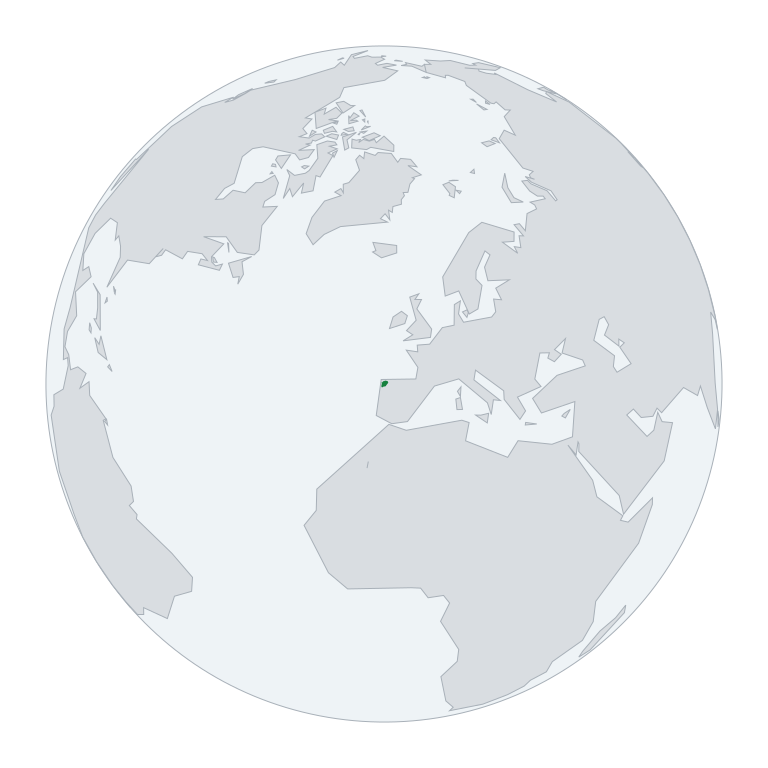 Pontevedra highlighted on a globe, orthographic projection, rotated 11°
{"feature_id": "ESP-5840", "entity_name": "Pontevedra", "entity_type": "Autonomous Community", "adm_level": 1, "iso_a3": "ESP", "parent_name": "Spain", "parent_adm1": "", "projection": "orthographic", "projection_center": [-8.552, 42.371], "detail": "fine", "context": "on_globe", "style": "filled", "palette": "green", "viewbox_px": 768, "rotation_deg": 11, "n_neighbors": 0, "source": "natural_earth", "source_scale": "10m", "svg_char_len": 11192}
<svg xmlns="http://www.w3.org/2000/svg" viewBox="0 0 768 768"><g transform="rotate(11 384 384)"><circle cx="384" cy="384" r="338" fill="#eef3f6" stroke="#a8b0b8"/><path d="M117.4,591.6L104.2,570.3L96.9,557.5L82.0,531.6L63.2,478.0L64.4,468.8L62.0,457.5L70.1,450.2L70.5,426.3L68.4,418.5L64.6,421.2L59.5,391.0L61.3,369.1L64.4,287.0L68.7,273.0L75.1,260.0L108.2,198.4L79.0,246.2L85.7,230.8L97.2,210.6L98.2,210.8L115.8,186.5L126.3,171.8L152.1,146.8L181.7,131.1L173.9,138.0L181.9,134.1L192.3,125.5L197.1,121.0L238.8,102.1L275.2,82.8L280.1,76.2L284.2,78.7L289.2,66.9L304.7,59.7L291.1,68.4L292.8,70.0L305.4,64.9L309.8,65.5L318.4,63.7L322.6,65.1L314.4,71.0L316.9,72.3L325.7,68.7L335.4,68.6L322.2,73.5L337.7,74.0L326.8,85.7L288.1,100.7L285.8,111.1L256.1,137.8L262.7,137.6L255.6,148.7L260.6,152.9L253.7,157.4L263.6,156.9L269.0,152.1L275.1,150.4L278.6,152.7L270.3,158.6L267.4,158.3L266.8,161.3L261.2,163.4L265.9,163.6L255.5,171.0L270.8,167.2L266.6,176.1L258.4,180.1L252.9,175.0L220.1,174.2L210.1,178.0L201.5,187.9L198.6,215.6L190.2,222.4L183.4,235.0L190.9,233.0L198.9,222.6L211.2,222.8L219.6,210.9L225.8,209.5L236.9,199.9L242.0,206.7L240.9,218.9L232.0,227.5L231.3,233.4L245.3,230.0L233.9,251.7L235.7,276.4L232.0,282.0L214.9,282.8L201.0,269.6L178.8,273.8L200.0,277.0L190.4,292.0L191.7,297.2L196.2,300.2L202.5,297.1L200.7,303.8L179.0,302.4L180.4,296.2L187.2,296.5L180.6,290.8L165.9,291.3L162.2,299.6L144.0,293.9L141.1,300.1L135.6,302.7L141.4,293.1L130.6,310.7L108.6,311.3L93.5,341.9L100.9,310.0L99.1,299.0L95.4,289.2L92.7,294.0L91.5,276.5L84.0,273.4L71.7,291.2L64.5,313.4L66.7,330.0L71.8,325.1L76.0,334.6L63.6,352.3L69.3,375.6L63.3,392.8L63.7,408.3L68.9,415.3L73.6,429.8L80.2,425.6L89.5,430.5L86.3,446.2L94.0,438.0L97.3,451.4L117.7,471.2L115.3,473.2L131.9,507.8L155.2,532.4L160.5,547.1L157.2,551.9L166.5,559.3L166.7,563.7L208.0,590.6L232.9,610.3L234.7,624.2L218.8,632.3L216.1,655.6L190.7,649.4L192.1,656.1L186.0,657.3L169.6,645.1L177.6,651.6L155.9,633.3L135.8,613.3L117.4,591.6ZM88.3,350.5L95.3,385.6L86.9,375.3L89.3,375.0L88.4,363.9L85.4,348.5L79.2,340.5L88.3,350.5ZM101.4,344.4L99.8,339.6L102.0,343.1L101.4,344.4ZM198.6,119.0L192.0,125.4L181.0,133.3L186.0,127.8L198.6,119.0ZM220.1,106.0L218.3,108.6L209.5,111.5L213.3,109.0L220.1,106.0ZM282.7,71.8L276.5,75.0L281.0,71.8L282.7,71.8ZM318.9,63.2L319.2,62.2L323.6,61.8L318.9,63.2ZM233.4,196.9L235.0,198.4L232.1,199.4L233.4,196.9ZM236.6,191.5L231.9,191.6L232.7,189.1L235.6,189.1L236.6,191.5ZM334.0,63.8L340.8,63.7L332.4,64.7L334.0,63.8ZM242.1,192.0L234.8,184.7L236.4,180.4L248.5,176.9L242.1,192.0ZM343.8,64.4L360.6,64.9L362.7,62.5L366.0,70.1L350.7,66.7L340.0,68.1L345.2,65.9L343.8,64.4ZM269.2,149.6L263.6,154.9L265.1,148.6L269.2,149.6ZM268.7,146.1L264.4,130.4L274.4,124.3L273.8,130.5L284.1,121.5L291.0,126.1L286.9,132.2L279.1,135.0L287.7,134.7L268.7,146.1ZM365.1,74.7L367.9,75.9L363.3,75.8L365.1,74.7ZM277.7,149.3L276.0,146.5L284.5,140.9L289.5,145.6L285.2,145.8L277.7,149.3ZM283.4,117.1L290.6,114.2L298.2,117.0L302.0,116.3L292.1,125.8L283.4,117.1ZM285.0,148.3L291.9,148.3L291.0,153.0L280.0,151.8L285.0,148.3ZM284.6,137.5L288.8,135.2L288.1,138.0L284.6,137.5ZM291.7,171.0L289.4,167.2L293.6,163.8L291.7,171.0ZM294.5,148.0L294.8,146.3L296.2,144.7L300.4,145.8L294.5,148.0ZM298.1,127.3L299.8,129.3L302.6,123.5L308.4,125.8L300.7,131.9L306.4,130.3L308.2,131.0L299.9,135.2L298.1,127.3ZM308.9,142.2L301.1,151.4L304.4,158.9L300.8,161.9L296.1,149.4L308.9,142.2ZM304.4,137.6L306.4,141.1L300.8,142.9L296.0,141.7L304.4,137.6ZM315.1,125.4L308.2,120.2L310.1,119.2L315.1,125.4ZM311.0,143.9L312.8,141.7L311.9,144.2L311.0,143.9ZM315.1,130.5L312.4,128.8L314.6,127.5L315.1,130.5ZM318.8,139.0L316.3,141.8L312.9,141.0L318.8,139.0ZM318.0,134.8L321.7,133.6L313.2,139.0L316.4,134.2L318.0,134.8ZM317.7,129.7L318.1,128.4L318.5,130.6L317.7,129.7ZM332.9,141.0L323.0,147.9L315.6,145.9L326.3,139.3L332.9,141.0ZM575.6,105.7L577.6,107.1L571.8,103.3L586.6,114.2L579.0,109.4L594.2,121.0L596.9,122.2L586.7,113.8L603.2,126.9L622.6,144.7L640.5,164.0L656.8,184.6L671.5,206.4L684.4,229.3L695.5,253.1L695.2,252.3L700.8,266.8L696.9,257.8L690.9,251.0L697.0,272.1L708.9,319.9L716.3,345.3L717.9,364.8L705.8,345.4L695.0,325.6L694.0,335.5L678.7,330.3L662.0,359.2L656.6,355.6L654.1,364.4L642.9,367.8L633.6,361.0L628.2,368.1L652.2,385.3L657.7,377.8L658.1,359.5L664.2,367.9L674.6,366.9L673.7,406.0L644.0,466.1L636.2,448.6L588.1,413.1L586.8,405.6L586.4,404.9L585.5,403.8L586.1,416.9L576.2,408.9L607.2,438.7L614.5,454.1L643.6,467.8L642.1,472.7L650.0,473.0L669.3,444.5L670.4,451.2L664.3,491.7L633.3,557.0L634.7,577.3L627.7,597.8L602.2,624.4L598.3,635.5L584.2,646.9L579.3,653.7L564.5,665.4L542.1,679.4L510.7,692.2L513.6,688.1L505.2,683.3L495.7,660.4L508.8,642.3L508.0,630.3L484.8,606.2L490.2,586.5L482.8,580.2L468.1,585.4L458.9,577.4L449.5,578.8L387.4,592.1L365.5,579.9L332.5,538.0L341.6,521.0L338.1,500.0L396.5,422.7L414.7,425.2L467.3,404.7L474.9,405.6L474.9,424.2L519.4,432.4L526.4,414.1L560.4,411.1L579.1,399.9L574.7,364.8L544.1,382.4L532.6,369.8L552.2,342.5L578.1,327.8L574.4,322.5L552.9,319.6L553.5,304.7L544.8,317.7L552.3,321.0L547.0,329.6L539.9,327.3L540.4,321.8L531.1,323.8L531.1,350.4L538.6,356.5L517.5,371.4L528.1,383.4L524.2,392.8L504.9,376.2L502.8,367.8L471.2,352.9L471.5,362.8L501.4,378.0L494.4,378.6L495.1,393.5L489.1,382.7L456.4,364.7L433.9,376.4L414.2,416.4L399.2,421.5L382.4,416.4L380.4,380.1L414.3,373.0L414.1,361.2L399.4,346.5L411.0,346.0L409.2,339.5L421.2,336.2L430.5,317.5L441.6,312.9L437.9,292.6L443.1,287.8L443.8,301.0L450.3,308.2L476.9,297.7L479.9,291.8L475.4,279.7L483.3,278.9L475.4,268.6L487.2,257.8L466.3,262.8L460.4,250.1L463.4,237.0L457.7,234.1L452.8,255.5L454.2,263.4L461.4,268.5L461.9,292.4L454.4,299.0L439.6,278.4L427.3,286.0L421.2,267.7L438.3,219.2L449.2,206.6L482.7,210.0L484.4,219.2L473.2,222.2L490.3,230.2L485.7,224.3L492.3,224.0L488.3,212.7L492.7,212.0L481.3,202.8L486.3,200.8L493.5,206.6L491.9,189.4L500.4,183.0L497.8,179.5L492.7,177.6L506.9,171.4L504.4,169.2L498.8,170.3L490.2,166.8L480.6,158.5L486.0,156.7L490.2,159.5L507.2,163.2L517.6,171.5L518.8,170.1L511.1,162.5L490.4,157.8L483.0,153.4L492.7,154.3L488.6,153.6L486.7,150.9L489.8,146.8L479.1,145.5L450.3,121.2L453.5,111.9L465.4,114.7L451.0,98.6L455.7,91.0L450.6,91.8L440.2,85.7L438.5,87.9L435.3,87.9L407.9,75.2L405.6,71.6L388.0,68.7L385.3,69.3L386.0,71.7L366.0,70.1L362.7,62.5L368.9,61.3L362.7,58.1L377.7,56.2L387.3,53.8L407.3,54.8L413.1,53.5L410.0,52.5L415.5,50.5L437.8,51.3L433.6,54.9L402.9,58.3L416.6,56.8L417.6,58.7L425.1,59.4L434.4,58.8L432.9,57.6L468.9,67.7L499.6,74.2L487.4,68.0L487.7,65.9L511.9,71.9L564.2,98.2L564.6,98.4L575.6,105.7ZM383.4,463.1L383.4,469.8L383.4,463.1ZM610.5,328.0L622.7,316.9L608.5,302.9L612.0,297.7L605.9,295.1L607.4,302.0L591.1,293.9L593.2,282.9L587.3,275.9L582.9,279.5L581.6,301.1L604.9,312.3L605.8,323.1L610.5,328.0ZM118.4,471.6L120.5,477.0L116.9,474.0L118.4,471.6ZM83.4,380.0L86.0,384.9L86.6,389.7L84.2,387.1L83.4,380.0ZM110.7,417.4L114.7,423.6L109.5,419.9L110.7,417.4ZM96.9,390.7L107.3,413.0L97.4,407.6L91.2,393.7L96.8,399.4L96.9,390.7ZM95.5,351.5L96.6,355.5L94.7,357.6L95.5,351.5ZM102.9,347.1L102.1,346.2L102.6,342.4L102.9,347.1ZM191.7,292.0L193.4,292.3L196.9,296.5L193.2,296.8L191.7,292.0ZM225.1,303.2L221.4,313.9L221.4,306.2L215.5,308.2L208.3,295.1L229.8,284.1L221.3,291.1L225.1,303.2ZM204.6,275.6L206.7,284.5L203.5,275.3L204.6,275.6ZM387.3,309.3L393.9,312.5L392.9,320.7L378.8,328.5L380.1,316.5L387.3,309.3ZM403.4,315.3L392.7,293.8L401.0,288.8L398.2,295.1L404.7,293.9L401.9,304.0L420.3,321.0L420.7,329.4L394.5,338.0L402.9,330.2L395.9,327.3L403.4,315.3ZM350.6,254.6L346.1,247.1L370.0,245.6L371.5,252.9L357.5,260.6L347.6,256.6L350.6,254.6ZM265.0,188.0L261.7,186.6L264.0,184.8L268.6,184.5L265.0,188.0ZM290.3,169.5L281.7,193.0L277.5,192.4L277.5,207.9L266.5,212.4L266.8,202.0L258.4,217.6L254.2,210.1L249.7,221.1L251.7,197.5L247.7,192.0L256.4,196.3L266.6,192.1L269.8,188.7L276.0,175.1L272.4,161.9L282.0,156.3L289.7,155.9L292.1,158.2L285.1,161.0L293.2,162.1L284.9,167.9L290.3,169.5ZM374.9,164.5L365.8,165.0L380.7,171.6L372.5,176.1L374.8,176.6L371.3,182.7L370.9,191.3L366.3,192.4L368.1,195.3L365.8,199.7L366.8,204.2L358.9,208.1L359.4,214.0L355.3,212.5L358.4,221.8L352.6,216.7L349.0,222.4L356.6,224.4L311.2,237.8L296.7,248.6L287.8,260.8L278.9,251.3L281.5,234.2L290.7,215.8L305.9,207.3L299.1,205.0L304.4,200.4L307.6,204.1L305.9,195.7L311.1,193.0L319.2,178.9L313.5,169.2L316.4,164.1L321.2,166.6L320.7,159.9L331.7,161.3L334.0,157.9L347.2,156.3L355.2,163.7L357.2,159.4L367.3,158.4L374.9,164.5ZM336.7,140.7L348.1,147.7L349.2,153.9L325.8,154.2L322.2,157.2L307.2,158.4L305.9,149.7L310.3,150.0L314.3,148.4L313.1,151.8L317.0,147.9L323.2,148.4L328.0,145.7L330.4,148.6L336.7,140.7ZM479.8,397.0L485.0,396.1L492.3,392.8L492.8,402.5L479.8,397.0ZM457.4,385.1L461.6,382.7L465.9,394.0L460.5,395.2L457.4,385.1ZM460.1,372.1L461.4,381.7L457.5,377.2L460.1,372.1ZM447.3,298.3L451.3,295.4L453.2,297.9L452.7,302.8L447.3,298.3ZM417.4,187.8L412.0,186.4L412.3,184.5L403.8,177.1L409.2,173.6L416.5,176.7L417.4,187.8ZM571.7,373.4L568.5,382.7L564.7,381.5L566.5,378.5L571.7,373.4ZM530.4,394.7L541.6,394.1L530.5,397.3L530.4,394.7ZM421.9,182.7L417.7,180.0L423.0,180.0L421.9,182.7ZM412.7,170.8L418.3,169.9L408.8,172.3L412.7,170.8ZM663.6,562.6L637.0,605.8L627.3,614.9L630.1,608.3L643.1,585.3L655.9,569.3L663.5,554.9L663.6,562.6ZM716.9,346.5L719.8,355.1L720.0,362.4L716.9,346.5ZM462.3,154.0L468.1,167.7L476.0,176.3L486.0,178.8L474.4,181.7L462.3,168.3L462.3,154.0ZM451.3,125.2L442.5,123.8L444.5,121.1L446.7,121.0L451.3,125.2ZM447.2,126.7L439.9,131.4L433.8,128.6L440.8,125.3L447.2,126.7ZM431.3,156.0L432.7,160.1L428.4,159.9L431.3,156.0ZM509.3,70.2L500.5,66.9L491.2,63.5L509.3,70.2ZM493.7,64.6L498.0,66.4L484.3,65.7L478.8,64.8L484.0,62.2L488.4,63.9L493.5,65.1L493.7,64.6ZM370.1,74.6L368.1,75.8L367.5,74.2L370.1,74.6ZM434.7,89.3L430.1,89.0L429.6,86.8L434.7,89.3ZM417.2,87.4L421.0,90.0L414.8,87.9L417.2,87.4ZM429.8,95.9L421.4,91.4L432.7,94.8L429.8,95.9Z" fill="#d9dde1" stroke="#a8b0b8" stroke-width="1"/><path d="M385.4,385.3L385.2,385.4L385.0,385.5L384.9,385.6L384.2,385.7L384.0,385.8L383.9,385.9L383.7,385.9L383.6,386.0L383.4,386.2L383.3,386.3L383.2,386.3L383.1,386.5L382.9,386.6L382.7,386.8L382.6,386.7L382.5,385.6L382.5,385.4L382.8,385.4L382.7,385.3L382.7,385.2L382.8,385.2L383.0,385.0L383.0,384.9L383.3,384.7L383.5,384.5L383.7,384.4L383.7,384.2L383.5,384.3L383.4,384.5L383.0,384.6L382.9,384.7L382.7,384.6L382.7,384.4L382.8,384.5L382.8,384.4L382.8,384.2L383.0,384.2L383.2,383.9L383.3,383.8L383.5,383.7L383.4,383.6L383.2,383.7L383.1,383.8L382.9,383.8L382.7,383.8L382.6,383.7L382.3,383.4L382.5,383.3L382.7,383.5L382.8,383.5L382.8,383.4L382.9,383.2L382.8,382.9L382.9,382.7L383.0,382.7L383.2,382.3L383.2,382.1L383.3,382.0L383.6,381.9L383.8,382.0L383.8,381.9L384.2,381.7L384.3,381.8L384.5,381.8L384.6,381.7L384.9,381.6L384.9,381.4L384.9,381.2L385.0,381.2L385.1,381.3L385.3,381.3L385.5,381.3L385.6,381.2L386.2,381.3L386.2,381.2L386.4,381.2L386.5,381.2L386.5,381.5L386.7,381.8L386.8,381.9L387.0,382.0L386.9,382.2L386.9,382.4L386.7,382.8L386.4,382.8L386.3,383.0L386.1,382.9L385.8,382.9L385.6,382.8L385.5,383.0L385.3,383.1L385.1,383.3L384.9,383.3L384.9,383.6L385.0,383.8L385.0,384.0L385.2,384.3L385.3,384.3L385.2,384.5L385.3,384.8L385.7,384.7L385.6,384.9L385.6,385.2L385.4,385.3Z" fill="#22c55e" stroke="#15803d" stroke-width="1.5"/></g></svg>